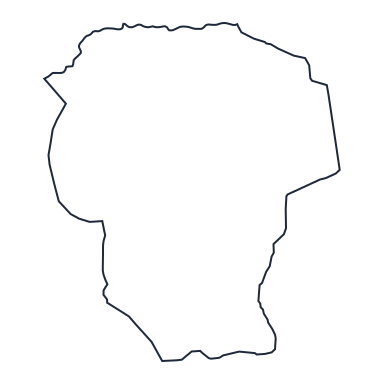 outline of San Pedro Ayampuc, Guatemala
{"feature_id": "79465075B57117467929955", "entity_name": "San Pedro Ayampuc", "entity_type": "district", "adm_level": 2, "iso_a3": "GTM", "parent_name": "Guatemala", "parent_adm1": "", "projection": "orthographic", "projection_center": [-90.451, 14.766], "detail": "fine", "context": "isolated", "style": "outline", "palette": "slate", "viewbox_px": 384, "rotation_deg": 0, "n_neighbors": 0, "source": "geoboundaries", "source_scale": "gbopen_adm2", "svg_char_len": 2311}
<svg xmlns="http://www.w3.org/2000/svg" viewBox="0 0 384 384"><path d="M162.2,361.0L176.5,360.3L181.8,359.7L191.6,351.5L200.2,350.9L202.1,352.8L208.9,358.2L211.1,358.7L219.3,357.8L223.2,355.4L239.1,351.6L254.9,353.1L256.7,354.5L265.1,353.9L271.6,352.4L275.0,349.3L275.7,338.5L275.1,334.8L272.3,329.0L268.1,322.5L267.6,319.6L263.9,313.8L262.9,309.5L260.7,307.3L260.2,303.5L258.4,301.0L259.6,285.0L262.0,283.1L266.2,271.7L269.7,266.3L271.6,256.6L273.8,252.6L273.5,244.1L283.9,234.2L286.0,228.3L285.7,209.2L286.4,196.2L287.7,194.4L320.3,179.4L325.8,178.1L335.8,173.5L339.7,169.9L336.6,148.9L328.4,94.1L326.8,85.1L312.1,80.8L310.3,78.2L309.2,65.3L305.1,58.1L293.7,55.6L278.1,48.6L270.7,44.2L266.3,43.5L264.8,42.0L254.0,38.7L241.4,32.3L238.0,26.1L237.2,24.2L235.1,25.0L232.8,24.9L230.4,24.2L226.9,23.3L224.7,23.0L222.9,23.1L221.2,23.3L218.9,24.0L216.8,24.7L214.5,24.9L212.0,24.8L209.9,24.6L208.5,24.5L206.9,24.8L205.5,25.5L203.7,27.5L201.6,28.8L199.8,28.9L195.8,28.9L193.4,28.5L189.6,27.3L188.0,26.9L186.5,26.7L183.4,26.5L180.8,26.7L178.8,27.4L175.1,29.2L173.1,30.1L171.1,30.4L169.2,30.3L168.0,29.0L167.1,27.4L165.1,26.3L163.4,26.4L161.4,26.8L158.8,27.2L156.2,27.2L154.6,26.9L152.9,26.3L150.1,26.9L148.1,27.3L145.3,26.9L142.7,26.0L141.5,25.1L139.7,24.6L137.6,24.8L134.4,26.4L132.3,27.2L130.9,27.2L129.4,27.2L127.7,26.3L124.9,24.0L123.4,23.8L122.9,25.3L122.9,26.9L121.8,28.6L120.4,29.2L119.1,29.3L117.6,29.3L114.9,28.9L113.6,28.6L110.3,28.4L107.0,28.3L104.3,28.7L102.2,29.5L100.1,30.7L98.2,31.3L96.8,31.2L95.0,31.1L92.9,31.8L91.2,33.8L90.0,34.7L88.7,35.3L86.7,35.9L85.4,37.0L84.0,38.6L82.2,41.1L80.7,42.6L79.9,43.7L79.0,45.6L79.1,47.5L80.8,51.0L80.9,52.8L79.6,54.4L77.2,56.6L74.9,58.7L73.7,60.2L73.1,64.5L72.4,66.2L70.7,66.4L68.5,66.5L66.3,66.9L65.8,68.3L65.3,70.1L63.7,72.1L61.7,72.9L58.8,73.0L54.7,72.9L52.7,73.0L51.5,73.9L50.4,74.9L48.3,76.6L46.9,77.3L44.3,78.7L65.9,103.7L56.9,119.8L52.7,129.5L50.6,142.9L48.5,155.1L49.6,164.7L54.4,184.5L58.8,201.3L70.7,214.1L79.2,218.7L89.7,221.9L102.3,221.1L104.0,229.8L105.2,235.4L103.6,240.9L103.1,244.7L103.0,248.2L103.0,254.8L102.9,261.2L102.8,266.5L102.8,270.5L103.5,274.6L105.4,279.9L107.4,284.3L105.6,287.0L103.6,290.3L103.5,294.8L107.0,299.4L107.2,302.7L128.9,316.4L135.9,324.5L151.6,341.9L158.2,353.8L162.2,361.0Z" fill="none" stroke="#1e293b" stroke-width="2"/></svg>